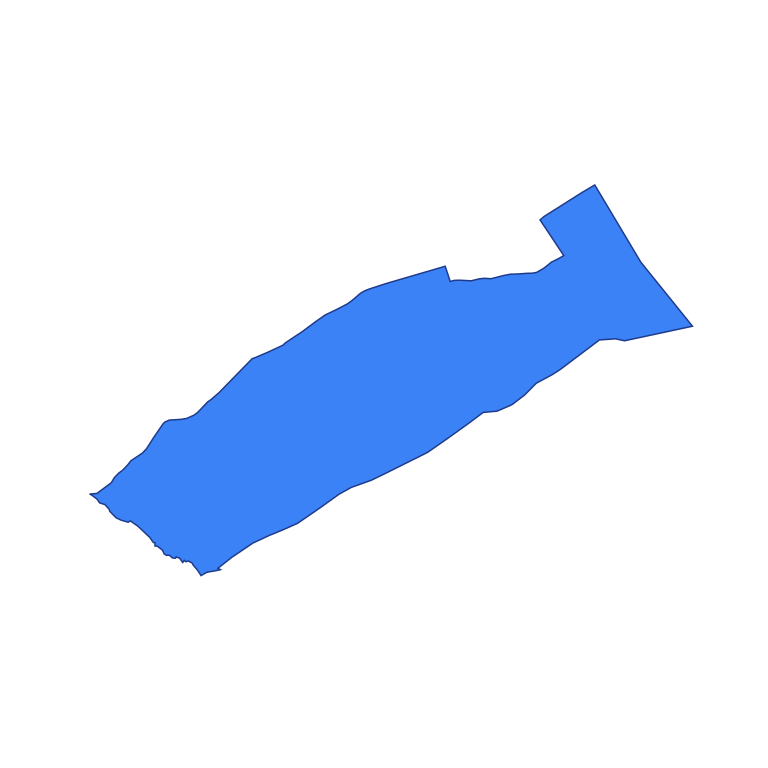 Aana Alofi II, A'ana, Samoa, rotated 255°
{"feature_id": "51752279B99154731700869", "entity_name": "Aana Alofi II", "entity_type": "district", "adm_level": 2, "iso_a3": "WSM", "parent_name": "Samoa", "parent_adm1": "A'ana", "projection": "mercator", "projection_center": [-171.95, -13.853], "detail": "fine", "context": "isolated", "style": "filled", "palette": "blue", "viewbox_px": 768, "rotation_deg": 255, "n_neighbors": 0, "source": "geoboundaries", "source_scale": "gbopen_adm2", "svg_char_len": 1599}
<svg xmlns="http://www.w3.org/2000/svg" viewBox="0 0 768 768"><g transform="rotate(255 384 384)"><path d="M521.7,639.1L517.9,625.3L504.4,582.0L502.1,577.2L461.5,590.9L459.9,584.8L458.4,577.3L454.5,568.5L452.3,560.3L452.6,556.2L454.0,550.3L455.7,541.4L457.3,534.7L457.8,528.1L458.0,514.5L460.1,508.4L460.9,503.4L461.1,495.0L464.8,483.5L465.9,478.8L465.9,474.5L481.9,473.6L480.5,412.1L479.6,394.6L478.9,389.1L477.8,384.9L472.9,374.7L470.7,368.8L467.9,355.8L466.0,345.3L462.0,334.3L455.9,319.0L449.4,299.7L447.6,296.2L444.6,279.0L442.5,263.6L442.7,263.4L418.3,222.3L413.6,212.6L412.4,209.2L404.8,196.7L403.0,192.2L401.8,184.1L402.4,178.8L404.7,167.3L404.0,162.6L402.9,160.5L391.6,147.3L383.0,137.9L379.8,132.8L375.4,119.7L372.2,115.5L368.3,109.1L366.7,104.9L363.5,99.5L359.2,95.0L352.6,78.3L353.9,71.1L352.8,72.5L347.3,76.9L342.8,78.5L339.7,83.3L333.9,86.2L332.1,86.1L324.1,90.6L320.6,94.7L316.7,101.1L317.4,103.6L310.3,109.5L296.5,118.0L290.5,120.2L290.0,121.8L286.8,120.8L286.1,123.0L280.8,127.0L276.8,127.7L274.8,129.6L274.2,132.3L270.6,134.8L269.7,137.6L270.7,138.5L268.8,141.4L263.7,143.4L265.3,145.5L263.6,146.6L263.7,149.2L260.5,152.5L258.5,152.8L252.6,155.6L246.3,157.7L248.0,164.2L247.1,174.1L247.0,177.9L249.0,175.9L256.0,192.2L264.3,216.2L267.4,233.9L269.3,248.5L271.8,264.5L281.1,290.6L289.2,312.1L292.6,325.7L294.3,346.7L297.8,364.8L306.7,408.5L315.4,432.5L324.5,456.6L330.9,472.5L328.5,486.1L330.9,502.2L337.0,517.0L345.3,531.2L349.7,549.6L352.3,557.7L370.8,603.5L367.7,619.4L363.5,627.5L360.0,696.9L435.2,663.6L521.7,639.1Z" fill="#3b82f6" stroke="#1e3a8a" stroke-width="1.5"/></g></svg>